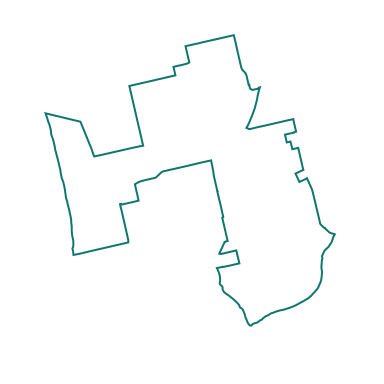 the district of Nedlands, Western Australia, Australia, rotated 347°
{"feature_id": "25037944B80247248268591", "entity_name": "Nedlands", "entity_type": "district", "adm_level": 2, "iso_a3": "AUS", "parent_name": "Australia", "parent_adm1": "Western Australia", "projection": "mercator", "projection_center": [115.79, -31.975], "detail": "fine", "context": "isolated", "style": "outline", "palette": "teal", "viewbox_px": 384, "rotation_deg": 347, "n_neighbors": 0, "source": "geoboundaries", "source_scale": "gbopen_adm2", "svg_char_len": 5795}
<svg xmlns="http://www.w3.org/2000/svg" viewBox="0 0 384 384"><g transform="rotate(347 192 192)"><path d="M67.0,82.4L67.2,85.0L67.4,86.1L67.6,88.3L67.7,90.5L67.8,91.6L67.9,92.7L68.2,93.8L68.3,96.2L68.3,97.4L68.4,98.6L68.3,100.7L68.1,101.8L67.9,102.9L67.8,104.0L67.9,105.2L68.3,108.6L68.4,109.7L68.5,112.1L68.5,114.6L68.5,115.7L68.4,118.0L68.3,119.1L68.2,120.2L68.3,121.4L68.4,122.6L68.4,123.9L68.4,126.1L68.5,128.3L68.6,130.6L68.6,131.7L68.6,132.8L68.6,135.3L68.6,136.5L68.6,137.7L68.7,139.9L68.7,141.0L68.5,142.2L68.4,143.3L68.3,144.4L68.3,145.6L68.2,147.9L68.2,149.0L68.3,150.2L68.6,151.2L68.5,151.7L68.7,152.3L68.8,153.5L68.8,155.8L68.8,157.0L68.8,158.3L68.7,160.6L68.7,161.7L68.4,164.1L68.4,165.2L68.3,165.7L68.1,167.4L68.0,168.6L67.9,169.8L68.0,170.8L68.2,172.0L68.3,173.3L68.2,174.4L68.1,175.7L68.1,176.8L68.2,177.9L68.3,180.2L68.3,182.5L68.3,183.6L68.2,184.7L68.2,187.1L68.2,188.2L68.0,191.6L67.9,192.7L67.4,194.9L67.3,196.1L67.1,198.3L66.9,199.4L66.3,201.7L66.1,202.8L65.9,203.9L65.6,206.4L65.5,207.6L65.4,208.7L65.4,209.9L65.4,211.1L65.4,212.3L65.0,214.7L64.5,216.8L64.2,217.9L63.8,218.8L63.1,219.7L62.7,220.7L62.8,221.9L62.8,223.1L62.4,226.7L69.6,226.9L79.4,226.8L85.4,226.8L89.8,226.8L117.9,226.8L118.6,226.8L119.1,224.4L119.2,200.8L119.2,191.5L119.1,191.3L119.1,191.0L119.1,190.3L119.1,187.7L119.3,187.5L119.5,187.5L120.2,187.7L120.5,187.9L120.7,188.2L120.8,188.3L121.0,188.4L121.5,188.4L133.0,188.5L138.0,188.4L138.1,181.7L138.1,175.0L138.1,171.6L141.0,170.7L142.5,170.3L144.6,170.0L147.9,169.9L151.1,169.9L159.1,169.9L160.2,169.7L161.1,169.2L165.8,166.4L166.7,165.9L167.7,165.6L168.8,165.4L169.9,165.4L171.0,165.4L184.0,165.5L196.4,165.5L208.4,165.4L217.7,165.5L217.6,170.0L217.4,174.5L217.4,177.0L216.9,180.9L216.9,187.9L216.9,189.6L216.9,194.0L216.8,196.7L217.0,196.8L217.2,197.0L217.2,197.3L217.0,197.5L216.8,197.6L216.9,212.1L216.8,223.5L215.7,223.8L215.7,238.3L215.7,238.8L215.7,247.8L213.6,247.8L213.4,248.0L213.1,248.1L212.9,248.1L212.6,248.0L212.1,248.7L204.7,258.2L205.5,258.7L206.5,258.9L207.5,258.9L210.6,258.9L216.5,258.9L222.0,258.9L222.0,263.0L222.1,269.5L222.1,272.2L210.5,272.2L209.6,272.1L208.8,272.1L205.1,272.1L204.9,271.7L204.5,271.8L199.1,271.7L199.2,272.2L199.4,272.7L199.6,273.9L199.7,274.4L199.8,274.7L199.8,275.0L200.0,276.1L200.1,277.1L200.1,277.9L200.2,278.4L200.2,279.9L200.2,280.6L200.1,280.8L200.0,281.3L199.9,282.5L199.7,284.1L199.2,285.4L198.8,286.2L198.7,286.4L198.4,287.5L198.4,287.9L198.5,288.3L198.8,288.9L199.2,289.5L199.5,289.7L200.2,290.7L200.3,291.3L200.3,291.8L200.3,292.0L200.0,293.2L200.0,293.6L200.0,293.9L200.0,294.4L200.4,295.7L200.8,296.9L201.9,298.3L203.2,299.7L204.9,301.6L208.4,306.0L210.0,308.5L210.9,309.8L211.6,311.0L212.2,312.1L212.6,312.9L212.6,313.8L212.6,314.7L213.0,315.5L213.9,316.3L214.6,317.3L215.0,318.1L215.3,319.4L215.8,322.3L215.9,324.1L215.9,325.5L216.0,326.8L216.3,327.8L216.6,330.2L217.1,332.6L217.5,333.6L218.5,335.1L219.5,335.5L220.3,335.1L221.2,334.4L221.9,334.2L222.8,334.1L226.1,333.9L227.4,333.5L228.4,332.9L229.3,332.5L231.2,332.1L233.2,330.8L234.3,330.3L235.6,329.7L236.9,329.5L238.1,329.3L239.7,328.8L240.9,328.3L242.0,328.0L242.8,327.9L244.2,327.9L245.8,327.6L247.3,327.4L251.1,327.2L252.8,327.2L253.6,327.2L254.7,327.3L256.6,327.2L258.4,327.0L260.1,326.9L262.0,326.7L263.9,326.4L266.4,326.0L268.0,325.6L270.7,324.9L274.0,323.9L276.1,323.4L278.1,322.7L280.5,322.0L282.1,321.4L283.4,320.6L284.9,319.9L286.8,318.4L288.0,317.7L289.9,316.4L291.4,315.3L292.4,314.6L293.6,313.3L294.8,311.6L296.8,309.0L297.9,307.1L298.4,306.0L298.9,304.6L299.5,303.0L300.0,301.4L300.4,300.1L300.8,298.6L300.9,297.0L300.9,296.0L301.1,294.9L301.1,294.6L301.3,294.0L301.5,293.4L301.7,293.0L301.8,292.6L301.8,292.2L302.0,291.6L302.1,291.4L302.4,290.2L302.6,289.8L302.8,288.9L303.0,288.4L303.1,288.2L303.5,287.2L304.3,285.6L304.3,285.3L304.3,285.1L304.2,284.8L304.2,284.4L304.2,284.0L304.4,283.4L304.7,283.1L305.1,282.6L305.9,281.7L306.1,281.2L306.3,281.1L306.6,280.5L306.9,280.3L307.0,280.1L307.5,279.5L307.9,279.1L308.0,279.0L308.3,278.7L309.5,277.9L310.5,277.4L311.3,277.0L312.3,276.3L312.7,276.1L313.3,275.7L313.9,275.0L314.0,274.9L314.5,274.4L314.7,274.2L315.0,273.9L315.5,273.5L316.1,272.9L316.3,272.7L316.8,272.1L317.0,271.7L317.2,271.4L317.3,271.2L317.9,270.4L318.0,270.2L318.6,269.4L318.6,269.2L319.0,268.5L319.3,268.0L319.4,267.8L319.6,267.7L319.9,267.3L320.0,267.2L320.8,266.1L321.1,265.9L321.4,265.5L321.6,265.3L317.3,262.8L316.7,262.2L313.6,257.6L313.7,257.4L313.7,257.2L313.5,256.9L313.3,256.8L313.1,256.8L312.9,256.9L310.9,254.0L310.0,252.4L309.8,251.8L309.8,250.8L309.8,243.5L309.7,234.8L309.7,228.4L309.6,218.6L309.5,216.9L309.1,214.4L307.8,208.1L307.1,204.4L305.8,204.9L302.3,205.7L298.9,206.4L297.0,197.3L305.5,195.5L305.4,194.9L305.4,172.9L299.4,172.9L299.3,165.0L295.5,165.0L295.5,157.0L304.6,157.1L305.0,156.6L307.0,156.6L307.0,145.0L307.0,144.1L307.1,143.8L303.0,143.7L293.0,143.7L285.1,143.7L276.2,143.7L269.2,143.6L264.2,143.7L263.4,143.7L262.2,143.6L261.6,143.4L259.5,141.8L261.3,139.8L264.0,136.4L266.0,133.5L267.6,131.3L270.1,127.4L271.9,124.7L272.9,122.8L275.3,118.2L276.3,116.2L277.4,113.4L279.2,109.8L280.4,107.4L281.7,105.3L281.0,105.3L280.2,105.7L279.7,105.9L279.1,106.2L278.5,106.2L274.1,106.1L273.8,106.1L273.7,106.0L273.4,105.9L271.8,104.2L271.9,100.5L271.3,100.5L271.3,91.8L271.3,90.8L271.1,89.2L270.8,88.1L270.0,86.7L268.8,84.8L268.3,83.3L268.0,81.7L268.0,79.1L268.0,69.0L268.0,65.4L268.0,64.4L268.1,55.8L268.0,48.6L256.9,48.6L235.7,48.5L231.2,48.6L225.5,48.5L218.5,48.5L218.5,65.2L216.1,65.8L213.3,65.9L202.1,65.9L202.1,67.4L202.1,74.6L154.8,74.6L154.8,135.9L153.1,135.9L152.2,135.7L147.8,135.7L146.9,135.6L113.5,135.5L106.6,135.4L105.1,135.4L104.7,135.4L104.2,132.2L103.9,128.9L103.9,128.3L102.5,119.5L99.1,98.4L68.6,83.2L67.0,82.4Z" fill="none" stroke="#0f766e" stroke-width="2"/></g></svg>